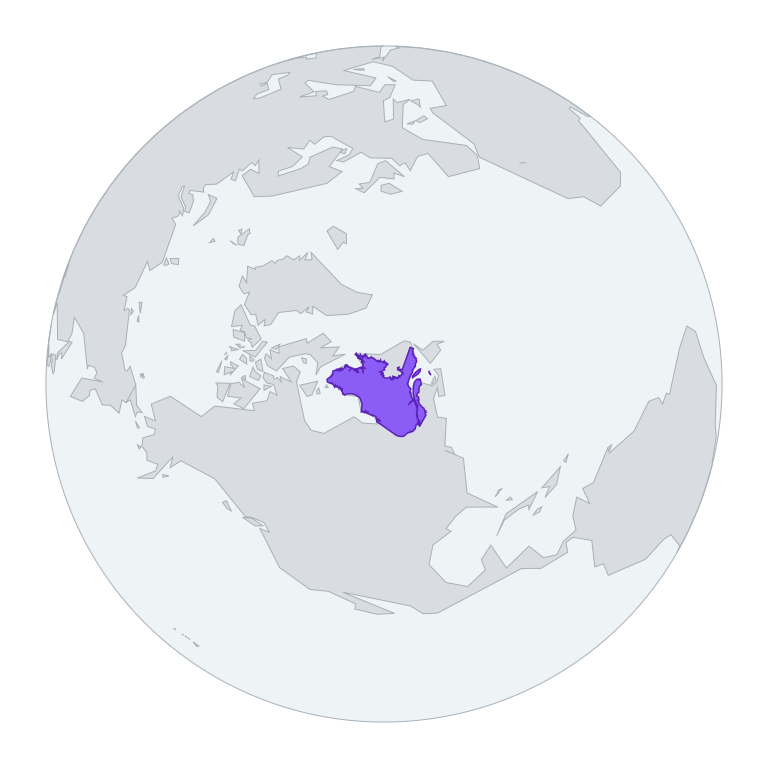 the Earth from above Québec, rotated 297°
{"feature_id": "CAN-683", "entity_name": "Québec", "entity_type": "Province", "adm_level": 1, "iso_a3": "CAN", "parent_name": "Canada", "parent_adm1": "", "projection": "orthographic", "projection_center": [-69.443, 53.796], "detail": "fine", "context": "on_globe", "style": "filled", "palette": "violet", "viewbox_px": 768, "rotation_deg": 297, "n_neighbors": 0, "source": "natural_earth", "source_scale": "10m", "svg_char_len": 16203}
<svg xmlns="http://www.w3.org/2000/svg" viewBox="0 0 768 768"><g transform="rotate(297 384 384)"><circle cx="384" cy="384" r="338" fill="#eef3f6" stroke="#a8b0b8"/><path d="M366.6,721.5L374.1,721.0L380.0,708.1L372.6,703.7L346.6,696.6L315.3,670.7L323.5,661.2L316.7,654.8L338.9,640.2L333.2,621.8L325.4,618.2L317.5,624.0L291.0,607.5L282.1,590.4L204.3,535.8L197.1,523.1L198.3,508.6L179.7,441.7L184.4,497.5L175.7,482.4L170.2,460.0L175.2,458.7L174.0,428.5L167.3,411.3L173.0,374.3L198.9,338.9L199.9,349.1L206.0,340.0L205.1,326.9L203.0,320.5L222.7,276.2L223.4,238.0L212.3,231.4L223.6,229.0L195.0,221.2L188.2,206.9L202.9,219.9L209.7,219.0L208.5,207.3L215.2,203.8L218.5,196.5L226.7,193.7L234.7,202.2L240.1,200.7L238.9,192.6L246.4,185.2L247.3,197.2L260.4,185.7L276.1,199.2L272.0,236.1L287.5,243.2L301.4,280.7L307.1,275.5L315.9,287.3L325.6,285.9L325.4,293.9L333.4,286.0L331.7,279.1L334.6,273.4L340.2,272.1L341.0,281.8L338.3,283.9L341.4,286.1L339.3,291.7L343.5,288.2L343.7,300.6L351.8,286.7L358.9,295.2L356.8,303.9L346.2,305.0L315.1,330.0L309.7,340.2L312.7,353.0L341.1,372.1L339.6,383.1L345.5,396.4L351.3,389.2L348.8,376.3L361.0,366.7L356.4,352.7L360.7,347.0L360.4,332.5L372.0,332.8L383.6,341.3L384.5,353.6L389.6,357.9L398.2,345.0L408.9,367.7L431.8,382.5L433.3,388.9L419.3,402.6L395.5,404.8L377.3,425.0L400.9,410.4L404.3,427.7L409.8,430.2L416.4,428.7L419.7,421.7L423.4,427.6L401.4,443.6L397.8,438.5L404.8,433.2L393.6,434.7L378.8,446.7L381.7,455.2L356.4,466.3L358.1,472.7L353.6,479.0L352.5,467.9L353.9,488.5L324.6,507.5L326.0,541.2L311.8,513.4L299.0,508.0L283.3,505.0L283.2,510.6L262.7,500.7L243.5,506.1L235.3,529.4L241.5,550.6L264.4,558.7L271.8,550.4L288.9,552.4L275.6,576.6L305.3,586.7L301.7,604.8L310.3,615.5L325.4,615.3L341.0,621.4L352.4,612.0L370.7,607.1L370.9,621.6L381.1,608.5L391.2,615.4L427.7,612.5L424.9,616.1L455.6,628.2L488.8,627.8L496.6,634.9L492.6,641.4L504.1,639.7L504.3,643.1L550.0,631.1L573.1,627.5L572.2,637.7L552.4,657.3L533.6,680.9L497.8,697.7L488.1,703.8L459.2,713.4L437.6,717.5L440.8,717.1L416.2,720.4L391.4,721.8L366.6,721.5ZM65.0,336.2L67.6,330.8L66.5,338.1L65.0,336.2ZM68.9,325.0L68.1,327.4L68.7,324.9L68.9,325.0ZM69.2,321.5L69.0,324.0L68.9,321.6L69.2,321.5ZM69.3,317.3L69.4,319.4L69.2,319.3L69.3,317.3ZM323.8,551.7L357.8,569.7L338.1,570.0L341.9,567.7L333.4,560.7L317.3,553.0L300.0,553.3L323.8,551.7ZM70.4,309.5L70.8,307.4L71.2,308.9L70.4,309.5ZM340.0,535.9L334.0,534.1L339.9,534.6L340.0,535.9ZM201.0,318.4L204.4,327.1L202.7,340.5L199.1,333.6L201.0,318.4ZM205.2,293.9L208.6,296.5L201.5,305.5L201.7,301.1L205.2,293.9ZM202.9,227.9L204.4,234.1L200.6,229.4L202.9,227.9ZM217.5,196.0L215.0,195.4L217.8,191.9L217.5,196.0ZM354.0,333.4L357.1,333.0L355.5,335.9L354.0,333.4ZM350.9,327.6L346.8,331.3L344.7,329.1L347.3,326.9L350.9,327.6ZM232.8,184.5L238.1,179.3L234.1,186.0L232.8,184.5ZM356.3,323.6L341.6,324.8L338.0,321.0L344.7,309.5L356.3,323.6ZM242.1,177.2L254.8,165.1L250.2,162.6L270.4,163.3L252.9,173.1L248.7,181.5L247.2,176.8L242.1,177.2ZM328.7,277.5L330.8,284.8L323.9,280.0L328.7,277.5ZM323.6,275.8L298.3,270.2L298.1,259.1L306.6,263.0L302.2,250.1L314.5,247.4L319.7,253.9L317.4,261.5L323.9,254.8L323.6,275.8ZM279.6,166.0L283.8,164.5L280.9,167.7L279.6,166.0ZM335.3,270.8L330.2,270.5L329.6,260.8L339.7,259.7L336.7,263.2L335.3,270.8ZM295.0,248.3L296.3,241.2L306.7,236.9L308.6,233.7L314.8,246.5L295.0,248.3ZM339.6,264.7L344.9,259.5L350.2,263.0L340.2,270.5L339.6,264.7ZM325.2,258.8L325.4,254.2L328.6,256.4L325.2,258.8ZM372.2,273.2L366.1,272.6L365.3,267.5L372.2,273.2ZM346.5,257.4L344.6,256.2L343.6,254.2L348.1,251.7L346.5,257.4ZM321.7,242.8L325.7,242.7L319.7,237.3L327.2,234.3L329.9,243.5L331.9,238.2L334.2,237.3L333.9,245.9L321.7,242.8ZM349.6,243.2L355.6,254.4L367.1,256.5L368.1,261.0L349.5,257.0L349.6,243.2ZM340.4,244.0L346.3,244.5L344.6,249.7L339.5,252.6L340.4,244.0ZM331.3,229.0L319.1,231.3L318.9,229.2L331.3,229.0ZM353.2,242.7L351.7,240.1L354.2,242.3L353.2,242.7ZM338.4,231.9L334.1,233.0L334.0,230.6L338.4,231.9ZM352.2,234.1L354.1,237.6L350.8,239.6L352.2,234.1ZM346.2,232.3L347.1,228.8L348.4,238.2L344.3,233.1L346.2,232.3ZM339.1,229.6L337.6,228.5L340.9,229.5L339.1,229.6ZM364.0,224.9L366.4,236.3L358.9,240.5L357.5,228.8L364.0,224.9ZM307.6,54.8L308.1,54.9L319.0,52.8L317.6,53.6L336.1,50.0L334.9,51.1L349.9,48.3L345.0,48.5L329.1,50.7L337.8,49.2L362.6,46.8L387.5,46.1L412.4,47.3L437.1,50.3L461.6,55.1L485.6,61.7L509.1,70.1L531.9,80.1L553.8,91.9L574.9,105.2L594.9,120.0L613.8,136.2L627.6,150.0L627.5,150.5L634.3,158.0L640.2,166.7L638.2,167.4L643.8,175.5L647.9,173.6L641.3,165.2L629.5,152.4L632.4,154.9L630.9,153.3L646.5,171.2L660.7,190.1L673.6,209.9L685.1,230.6L683.8,228.2L673.3,231.6L669.3,227.0L668.9,226.8L668.3,226.6L675.2,235.5L670.8,236.0L684.7,238.2L690.4,245.1L689.8,240.2L700.1,264.6L708.5,289.7L714.9,315.3L719.2,341.4L721.5,367.8L721.8,394.2L719.9,420.6L716.0,446.8L714.8,443.4L715.5,424.1L713.3,424.2L710.0,438.0L706.5,438.0L703.7,445.4L680.0,498.7L667.7,504.7L640.9,496.3L641.5,476.9L632.7,463.7L629.4,366.0L638.8,355.2L647.7,304.4L650.6,300.0L660.4,313.2L675.8,289.4L667.9,271.8L671.0,247.6L666.1,227.8L645.1,206.0L653.0,237.9L643.6,236.5L628.7,205.0L620.2,178.5L616.2,177.2L612.6,189.0L601.4,178.5L610.2,192.9L613.5,190.3L619.1,199.5L616.5,202.5L612.6,198.5L612.6,205.9L630.9,224.1L636.2,223.4L641.7,247.5L651.0,248.9L655.8,258.1L641.9,259.2L636.2,254.8L617.9,265.6L624.4,272.3L642.1,262.8L640.6,267.9L649.5,277.9L641.6,274.3L620.6,283.9L619.5,307.4L634.0,349.2L630.0,363.4L619.4,371.5L598.0,347.3L609.4,318.6L602.0,310.6L585.9,310.6L590.8,302.2L585.6,299.0L588.6,288.4L579.2,269.1L580.2,258.4L563.5,247.2L561.7,240.5L572.1,248.8L579.8,249.3L580.6,224.1L576.9,218.2L566.0,213.2L567.6,207.3L556.9,205.8L550.9,190.8L549.3,208.1L536.4,203.8L525.7,193.3L521.2,195.2L538.6,212.5L545.8,216.7L552.5,215.2L571.8,230.7L574.4,240.3L552.9,236.6L554.2,250.2L537.0,242.2L500.6,198.9L492.0,183.4L505.3,163.0L514.8,167.7L514.8,177.1L526.8,170.8L520.1,170.1L521.4,165.6L509.5,161.0L509.8,157.6L497.7,159.4L496.8,154.8L504.5,153.7L486.0,144.0L480.7,134.5L476.3,134.1L473.2,136.3L468.4,123.3L465.4,123.5L465.8,127.8L460.1,131.3L448.2,132.7L447.2,128.1L451.4,127.0L458.6,118.2L469.9,116.4L468.3,114.8L458.3,115.2L449.4,125.9L442.5,128.1L445.4,122.2L443.8,124.5L440.0,124.2L435.4,119.8L431.6,126.0L391.8,131.2L378.8,123.9L385.9,117.6L357.0,118.6L344.6,111.6L345.1,115.4L331.5,119.2L335.1,121.4L334.3,123.6L301.1,136.1L292.6,136.1L278.7,147.0L278.9,149.2L284.5,149.8L270.4,163.3L250.2,162.6L250.8,157.7L237.7,161.2L240.9,149.8L237.5,142.5L248.6,129.0L244.9,124.9L240.2,126.8L231.6,123.2L230.5,110.2L252.2,112.0L258.1,132.8L257.5,123.2L263.8,123.1L267.4,118.4L266.5,112.2L262.6,112.9L292.8,93.4L302.9,77.8L287.1,83.1L278.0,82.8L275.6,72.9L308.1,55.9L296.3,57.9L296.1,57.7L299.5,56.8L307.6,54.8ZM642.3,404.4L645.2,409.2L645.2,409.3L642.3,404.4ZM619.0,158.7L608.8,143.9L599.8,143.0L595.1,137.5L593.8,139.5L599.2,143.1L594.0,147.7L584.6,139.1L578.9,138.2L582.1,143.2L600.0,158.4L607.7,151.5L615.8,158.2L619.0,158.7ZM428.8,612.2L433.2,614.4L427.4,615.2L428.8,612.2ZM335.1,576.4L342.4,577.5L346.2,580.4L340.5,580.7L335.1,576.4ZM397.1,578.9L405.6,580.0L396.7,581.7L397.1,578.9ZM363.2,571.8L390.3,578.7L373.0,583.4L356.0,579.0L367.8,578.1L363.2,571.8ZM336.1,545.9L340.6,547.7L339.1,550.8L336.1,545.9ZM344.3,536.4L342.5,536.5L340.3,533.6L344.3,536.4ZM405.5,426.7L407.4,425.7L414.1,425.7L410.9,428.8L405.5,426.7ZM444.4,408.4L449.4,418.4L443.6,413.2L440.0,419.1L423.4,415.9L433.2,392.0L431.7,403.2L444.4,408.4ZM404.0,405.9L413.4,410.1L402.7,406.5L404.0,405.9ZM554.4,293.7L559.8,291.3L565.2,297.5L563.9,312.7L556.1,303.7L554.4,293.7ZM566.2,286.5L545.3,279.5L545.2,270.3L548.8,276.5L550.9,271.1L557.2,279.8L577.6,278.5L583.7,284.1L578.0,308.2L576.5,297.0L571.3,299.9L566.2,286.5ZM491.9,283.3L482.9,281.7L494.5,263.6L501.6,267.3L500.8,282.3L491.9,286.8L491.9,283.3ZM371.0,303.7L366.7,305.3L366.5,302.5L370.0,298.8L371.0,303.7ZM369.4,273.4L389.2,294.2L385.4,297.0L401.5,306.7L397.8,317.8L387.4,311.0L396.6,327.2L385.7,325.6L393.1,336.0L370.4,319.7L361.0,319.3L372.9,315.4L376.7,305.0L375.5,300.5L365.0,287.5L346.7,282.3L347.5,271.7L352.9,265.7L357.4,265.3L355.5,272.1L362.9,266.8L363.6,276.5L369.4,273.4ZM416.1,208.8L411.9,215.6L427.0,209.0L427.8,217.6L429.5,216.3L434.3,222.6L443.1,228.2L441.9,232.2L445.8,232.7L449.1,237.1L454.1,239.2L453.7,247.3L459.8,250.7L456.1,252.7L466.7,256.4L458.6,257.4L462.1,263.5L468.1,259.4L453.4,300.9L453.5,318.5L458.0,333.1L443.5,333.5L429.9,320.5L419.0,301.9L420.9,285.2L414.0,288.8L412.9,282.0L418.8,282.0L409.0,278.0L409.7,272.5L399.9,257.7L385.3,256.0L381.4,250.8L387.5,248.8L379.3,245.1L388.0,237.9L385.4,234.2L391.5,223.6L404.7,222.4L400.7,218.3L405.1,210.5L416.1,208.8ZM366.0,222.0L381.6,217.9L389.7,220.7L375.9,237.9L377.0,242.3L368.4,254.1L356.9,249.9L360.4,246.8L361.2,242.9L364.5,245.8L362.4,240.6L367.1,236.4L366.8,231.3L372.0,231.3L366.0,222.0ZM647.2,290.6L648.3,286.5L648.4,279.3L654.0,285.8L647.2,290.6ZM633.3,297.4L633.2,292.9L641.2,297.8L640.1,302.3L633.3,297.4ZM626.4,286.5L632.6,292.2L628.6,291.8L626.4,286.5ZM571.3,244.7L570.5,240.0L573.1,240.4L576.7,244.0L571.3,244.7ZM461.0,193.4L457.3,196.3L455.4,194.9L443.8,196.2L442.3,190.3L448.7,187.2L461.0,193.4ZM650.3,213.9L655.7,222.4L654.7,224.0L653.1,220.7L650.3,213.9ZM658.0,255.4L659.5,247.7L659.5,257.2L658.0,255.4ZM457.4,187.2L452.8,188.3L454.9,184.7L457.4,187.2ZM440.6,186.1L441.9,181.8L440.7,189.8L440.6,186.1ZM438.2,142.2L456.1,146.5L468.0,146.6L473.1,141.4L473.5,150.9L455.2,150.8L438.2,142.2ZM397.6,132.8L393.2,138.0L390.0,135.1L390.5,133.5L397.6,132.8ZM398.6,136.4L402.8,144.1L397.0,146.6L394.8,140.0L398.6,136.4ZM430.8,164.4L436.2,165.9L434.4,168.7L430.8,164.4ZM276.8,63.5L269.9,65.9L270.2,65.8L276.8,63.5ZM286.3,60.5L280.6,62.4L267.2,67.1L265.5,68.4L255.8,72.9L258.3,73.6L254.1,76.3L247.8,77.4L247.1,75.4L268.5,66.5L279.4,62.7L286.3,60.5ZM259.9,73.8L260.7,78.5L246.3,84.3L242.9,84.5L248.6,79.8L255.8,77.0L259.9,73.8ZM256.6,81.5L263.7,79.1L279.6,84.5L279.4,87.2L259.7,85.2L265.2,82.9L263.9,80.9L256.6,81.5ZM282.4,162.3L283.7,164.3L280.1,164.0L282.4,162.3ZM336.7,124.7L334.9,127.6L330.8,126.9L336.7,124.7ZM327.8,135.5L333.7,134.3L327.9,137.5L327.8,135.5ZM346.8,131.4L336.2,134.7L345.8,128.8L346.8,131.4Z" fill="#d9dde1" stroke="#a8b0b8" stroke-width="1"/><path d="M346.7,398.2L347.3,399.5L346.8,398.0L347.1,394.6L348.3,394.2L348.1,394.9L349.0,395.4L349.0,396.8L349.4,397.2L349.4,395.8L350.2,395.4L349.1,393.6L349.9,393.3L349.8,392.6L351.0,391.8L351.3,391.0L351.8,391.1L351.3,390.9L351.5,389.7L350.7,389.0L351.0,388.9L350.6,387.9L351.2,387.2L350.3,386.3L350.8,384.9L350.2,383.4L350.9,383.1L350.3,382.2L350.7,381.5L351.2,381.7L350.5,380.7L351.1,380.5L350.1,379.9L351.0,379.5L349.9,379.3L350.3,378.9L349.7,378.5L349.4,377.0L349.7,376.9L349.0,376.4L356.1,373.6L360.2,369.5L361.0,367.4L361.4,363.3L360.8,359.9L359.1,356.6L356.1,353.7L356.5,353.3L356.4,351.8L357.1,352.1L357.9,350.5L359.4,349.6L358.7,349.4L359.3,348.7L359.3,347.7L359.9,347.9L360.2,348.6L360.6,348.7L360.0,347.6L360.8,347.4L360.5,346.6L361.3,345.9L360.0,345.7L360.7,345.4L359.9,343.7L361.0,343.0L359.8,342.3L360.9,341.2L358.9,341.3L360.6,339.1L360.6,337.6L361.5,337.2L360.2,336.0L360.2,332.6L362.3,331.1L367.2,333.5L366.3,334.0L367.9,333.3L369.9,334.6L369.4,334.0L372.5,332.6L374.3,334.8L375.2,334.9L375.2,335.7L374.7,336.5L375.2,336.7L375.2,335.9L376.3,336.3L376.5,336.8L376.2,337.1L376.9,337.5L376.6,337.9L376.2,337.9L376.0,338.1L376.9,338.0L377.0,337.3L378.0,337.9L377.1,339.0L378.0,339.1L377.3,339.4L377.7,339.6L377.5,339.8L377.9,340.6L378.2,340.2L380.9,341.5L382.0,341.1L382.0,342.3L382.6,342.7L383.4,342.3L383.4,341.2L383.7,341.2L384.2,342.8L383.2,343.5L383.4,344.2L382.9,344.4L383.5,346.2L383.5,347.0L382.9,347.1L382.9,347.5L379.3,347.0L383.1,347.7L383.6,348.3L383.4,349.2L383.8,349.5L383.1,350.3L383.4,351.1L383.1,351.5L384.1,351.2L384.6,351.9L383.7,352.4L384.3,352.8L383.8,352.9L384.0,354.0L383.3,354.6L382.7,353.0L382.9,354.4L381.5,354.7L382.5,354.6L382.9,355.7L384.2,354.1L386.0,353.8L387.2,354.4L387.4,355.7L387.9,356.0L387.4,358.5L385.5,359.5L384.2,360.6L387.2,359.0L387.5,358.5L387.9,356.3L388.4,355.8L388.9,357.4L388.1,358.7L388.9,357.8L389.3,356.4L389.6,357.8L389.3,359.4L389.4,359.6L389.8,357.8L391.7,356.2L392.7,356.1L392.7,355.1L393.3,354.0L394.7,355.3L394.5,357.0L395.1,355.5L394.2,354.4L395.1,353.9L394.5,353.6L396.5,352.7L395.3,352.1L395.2,351.5L395.9,351.5L395.7,350.8L396.3,351.3L395.6,350.1L397.4,350.7L396.1,350.0L395.6,348.7L396.2,348.0L396.9,348.4L397.2,348.4L396.5,347.8L397.4,345.9L397.1,345.5L397.4,344.9L398.3,345.2L397.4,345.5L398.2,346.3L397.4,346.8L398.1,347.5L397.5,349.4L398.2,350.2L399.2,349.8L398.8,350.3L398.8,351.7L399.6,352.7L398.2,352.5L397.9,353.3L399.6,353.5L400.2,354.2L401.3,353.4L402.2,354.0L400.5,354.7L400.5,355.4L401.3,355.8L400.3,356.6L399.6,358.2L400.3,358.4L400.9,359.9L402.4,360.2L401.9,361.1L402.2,362.1L401.8,362.9L402.2,363.0L401.9,365.1L401.2,366.2L402.1,367.7L401.2,367.9L401.5,368.8L402.2,369.0L401.9,369.9L403.7,370.0L402.5,370.8L403.2,372.4L402.9,373.4L404.4,373.7L403.4,374.5L404.2,374.6L403.7,375.4L403.8,376.7L403.0,376.5L402.8,377.5L403.5,378.2L402.9,378.5L401.2,377.5L399.9,377.9L398.7,376.7L396.8,378.2L396.2,377.1L394.8,376.7L393.0,374.7L393.2,377.1L393.6,377.9L393.3,378.3L390.8,376.4L392.0,378.6L391.5,379.8L390.6,379.2L390.6,379.8L389.8,380.2L390.2,381.6L389.7,382.5L391.4,385.2L393.0,386.1L392.6,386.5L392.7,388.1L391.3,388.0L391.6,389.4L392.5,389.3L393.2,390.5L394.0,388.9L394.9,388.4L395.3,390.7L394.9,390.5L395.1,392.2L394.7,392.4L395.1,393.5L395.5,393.4L395.4,392.5L396.5,393.9L397.7,393.6L397.7,394.3L398.3,393.6L399.0,395.2L401.0,395.4L402.0,396.4L402.8,395.4L402.4,394.1L403.1,393.1L402.8,389.9L404.7,388.7L405.7,389.8L403.9,390.2L403.2,391.1L404.5,391.9L405.0,393.4L404.4,393.4L404.7,393.8L428.5,390.7L429.0,394.1L426.9,394.1L425.8,395.3L423.7,395.8L423.8,396.6L422.5,397.6L422.7,399.0L422.3,398.3L421.3,399.8L421.4,400.5L419.0,402.8L416.5,402.8L413.1,404.2L413.6,403.6L409.3,403.3L406.7,404.1L405.2,403.7L397.1,404.3L396.7,404.9L395.2,404.6L394.9,405.0L395.4,405.2L394.6,405.1L392.8,407.2L391.9,410.1L389.3,410.5L388.1,411.8L387.9,411.9L388.1,411.5L388.0,411.1L387.8,411.1L387.1,412.7L385.5,413.6L383.1,417.2L380.4,415.9L378.0,415.3L377.6,415.4L382.8,417.4L382.1,419.4L380.8,421.1L379.8,421.4L378.8,423.4L377.9,423.8L376.3,425.4L374.1,425.6L369.5,428.2L369.4,428.8L368.8,429.0L367.7,430.8L366.2,431.2L365.3,432.2L363.6,431.7L365.3,433.0L364.5,433.2L363.7,433.7L363.1,433.1L363.6,431.6L362.6,431.1L357.8,432.2L356.4,431.3L355.5,431.5L354.3,430.8L353.8,428.9L352.9,429.4L351.3,427.3L346.5,425.4L345.5,424.1L344.1,420.7L343.8,418.5L346.7,398.2ZM375.4,435.5L362.1,434.9L367.1,432.7L367.5,431.1L368.8,429.1L370.6,428.5L372.9,426.5L374.2,425.8L374.8,426.0L376.5,425.4L377.1,424.8L377.8,424.7L379.6,423.9L384.0,418.2L388.8,414.3L394.9,411.3L398.9,410.3L402.6,410.9L404.5,412.8L402.9,412.3L404.5,413.6L404.1,414.1L404.5,414.3L400.4,417.6L397.9,416.5L392.2,418.9L391.2,418.0L388.2,418.5L388.1,420.8L385.5,422.3L385.6,421.5L384.8,421.3L381.7,425.7L381.4,427.4L380.6,428.6L380.6,430.3L378.9,432.3L379.0,433.2L378.3,433.1L378.0,434.2L377.6,433.6L376.2,433.9L375.4,435.5ZM408.4,409.8L402.7,406.5L404.1,405.9L408.0,406.6L413.0,408.6L413.9,409.7L411.7,410.4L408.4,409.8ZM367.3,431.1L366.9,432.6L365.3,432.5L366.5,431.9L367.3,431.1ZM385.0,352.6L384.7,353.6L384.2,353.6L384.5,352.9L384.3,352.5L385.0,352.6ZM414.8,419.1L414.6,419.5L414.2,419.9L414.5,419.8L414.8,419.1L415.1,419.0L413.8,420.8L414.5,420.9L413.7,421.1L413.9,420.0L415.2,418.6L415.9,418.4L414.8,419.1ZM378.2,423.8L378.2,424.3L377.2,424.6L378.2,423.8ZM365.8,431.9L366.3,431.3L367.0,431.1L366.4,431.9L365.8,431.9ZM389.6,356.8L389.9,357.4L389.6,357.4L389.6,356.8ZM364.6,433.2L365.5,433.1L364.4,433.4L364.6,433.2ZM424.1,396.5L424.5,396.3L423.8,396.9L424.1,396.5ZM424.5,395.8L424.3,396.1L423.9,396.0L424.2,395.7L424.5,395.8ZM382.6,341.5L382.5,342.0L382.4,342.0L382.4,341.6L382.6,341.5ZM385.2,353.3L385.4,353.4L385.0,353.6L385.2,353.3ZM421.7,400.5L421.5,399.9L421.8,400.3L421.7,400.5ZM376.5,336.3L376.9,336.4L377.0,336.5L376.5,336.3ZM365.5,432.7L365.7,432.9L365.2,432.7L365.5,432.7ZM380.1,421.6L380.5,421.5L380.0,421.8L380.1,421.6ZM377.9,339.8L378.2,339.6L378.2,339.8L377.9,339.8ZM424.6,395.9L424.7,396.1L424.6,395.9ZM375.7,335.4L375.9,335.4L376.0,335.5L375.7,335.4Z" fill="#8b5cf6" stroke="#5b21b6" stroke-width="1.5"/></g></svg>